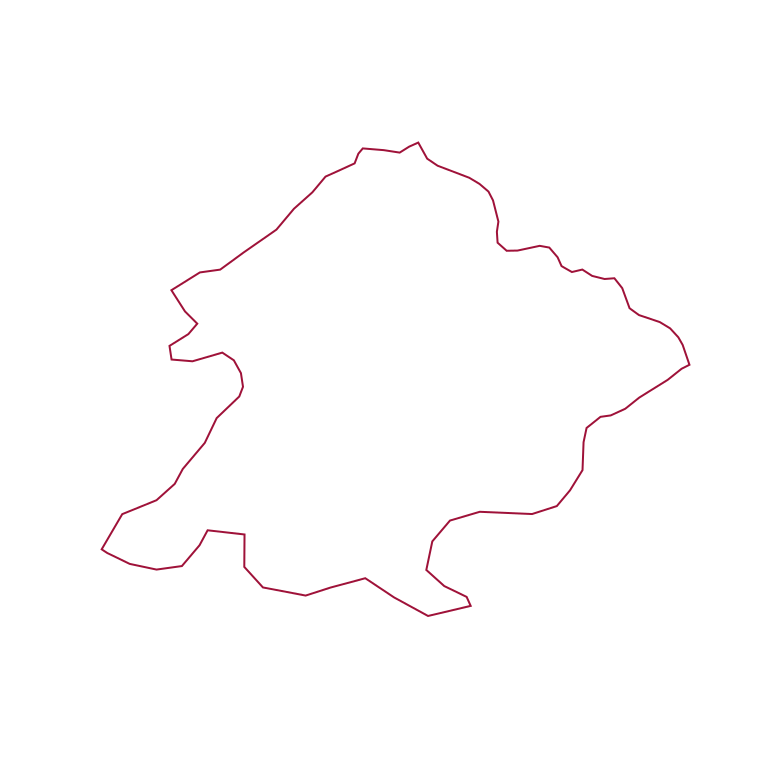 Nyongbyon, P'yŏngan-bukto, North Korea, rotated 261°
{"feature_id": "82179303B72509498170942", "entity_name": "Nyongbyon", "entity_type": "district", "adm_level": 2, "iso_a3": "PRK", "parent_name": "North Korea", "parent_adm1": "P'yŏngan-bukto", "projection": "equal_earth", "projection_center": [125.784, 39.823], "detail": "fine", "context": "isolated", "style": "outline", "palette": "rose", "viewbox_px": 768, "rotation_deg": 261, "n_neighbors": 0, "source": "geoboundaries", "source_scale": "gbopen_adm2", "svg_char_len": 1375}
<svg xmlns="http://www.w3.org/2000/svg" viewBox="0 0 768 768"><g transform="rotate(261 384 384)"><path d="M471.2,579.6L472.7,577.8L482.0,575.3L492.9,568.6L496.1,559.4L494.9,536.8L496.4,526.0L505.8,518.3L516.7,519.3L526.5,522.4L548.3,520.4L557.7,517.3L566.7,509.6L574.4,500.4L591.2,471.1L599.8,461.9L617.1,455.6L614.5,446.0L610.1,435.7L615.0,420.4L620.0,399.9L615.5,394.7L606.5,389.5L602.2,374.1L598.0,358.7L584.5,343.2L571.2,322.5L553.3,301.9L535.8,265.8L522.6,240.1L523.0,219.6L509.9,188.7L505.3,190.7L486.8,198.8L472.8,209.0L463.9,198.6L455.2,178.1L441.4,178.0L436.4,198.4L440.3,229.2L430.9,239.4L417.1,244.4L403.3,244.3L394.3,239.1L376.5,213.4L353.9,197.8L331.6,172.0L318.1,161.7L304.8,141.1L296.4,105.1L264.9,79.3L263.5,80.8L260.3,84.3L246.1,104.7L236.3,130.3L235.8,155.9L253.6,176.6L267.1,186.9L257.2,222.7L225.2,217.4L202.0,232.6L187.3,273.5L191.3,299.2L195.1,335.1L171.6,360.6L148.0,391.2L151.3,434.9L160.8,432.3L175.0,411.9L193.7,396.7L221.0,407.1L238.8,427.8L242.8,458.6L237.6,484.3L232.4,509.9L236.4,535.6L249.9,551.1L267.9,566.6L295.3,572.0L308.9,577.2L317.7,592.7L317.5,603.0L321.8,618.4L330.6,633.9L335.0,644.2L343.7,664.8L352.5,680.3L355.2,688.7L375.9,685.1L384.1,682.0L394.2,675.3L402.0,666.1L412.2,646.6L420.4,638.4L441.4,634.3L452.4,628.1L453.2,618.3L458.2,606.5L466.0,597.8L465.2,587.1L471.2,579.6Z" fill="none" stroke="#9f1239" stroke-width="2"/></g></svg>